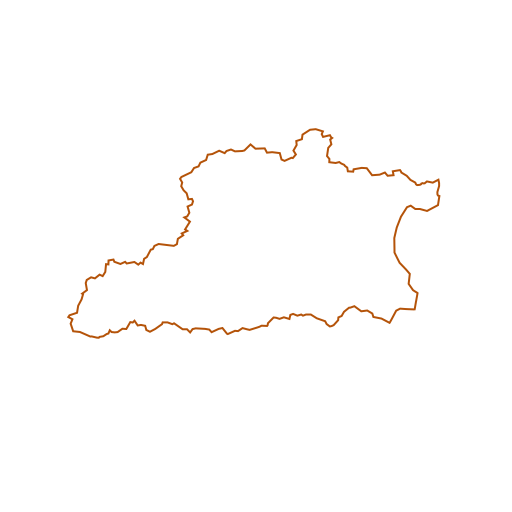 Yabucoa, Puerto Rico (orthographic projection), rotated 338°
{"feature_id": "32010507B64369847691903", "entity_name": "Yabucoa", "entity_type": "district", "adm_level": 2, "iso_a3": "PRI", "parent_name": "Puerto Rico", "parent_adm1": "", "projection": "orthographic", "projection_center": [-65.894, 18.069], "detail": "fine", "context": "isolated", "style": "outline", "palette": "amber", "viewbox_px": 512, "rotation_deg": 338, "n_neighbors": 0, "source": "geoboundaries", "source_scale": "gbopen_adm2", "svg_char_len": 3366}
<svg xmlns="http://www.w3.org/2000/svg" viewBox="0 0 512 512"><g transform="rotate(338 256 256)"><path d="M214.5,156.0L215.1,160.2L212.8,163.3L213.5,168.0L215.2,171.9L214.5,178.1L218.0,179.1L218.1,181.7L215.9,184.3L211.1,184.5L210.4,190.9L207.1,193.5L204.0,193.4L207.6,199.4L200.2,204.8L201.7,207.0L195.6,207.3L196.3,209.5L190.0,210.8L187.1,215.4L183.6,215.8L170.2,208.4L165.6,208.6L162.9,211.0L160.8,210.7L154.4,216.1L151.2,216.7L148.2,221.1L146.5,218.9L143.6,219.9L141.0,216.0L133.3,214.5L132.5,212.4L127.3,212.6L122.5,208.3L122.5,205.9L117.6,204.9L116.0,208.5L113.9,207.4L110.3,214.3L106.3,217.2L104.0,214.7L98.3,216.4L95.1,214.0L90.1,214.8L88.0,217.3L86.5,224.3L80.7,225.8L81.3,226.7L78.0,230.9L72.5,235.5L68.8,241.6L60.9,241.1L59.1,242.3L62.1,245.9L58.8,249.3L58.3,257.3L64.3,260.5L72.2,268.6L73.5,269.0L77.9,272.1L79.6,272.9L80.6,272.4L84.4,273.2L88.3,272.4L90.1,272.6L92.6,270.1L93.6,272.4L96.4,273.9L99.2,274.7L104.9,273.4L108.4,275.1L114.7,270.2L116.8,271.5L119.1,270.5L120.3,276.1L123.5,276.8L127.1,279.2L126.6,283.5L129.3,286.5L135.2,285.9L143.3,284.0L144.6,282.6L149.2,284.5L152.9,287.9L154.8,287.7L160.5,296.4L164.6,298.1L166.3,302.2L169.8,300.0L173.0,300.5L181.5,304.5L185.1,306.7L186.3,310.0L194.1,309.6L197.9,310.2L200.0,317.2L200.6,317.8L208.5,317.5L211.2,318.9L216.5,317.8L220.1,320.5L222.4,322.1L230.7,322.8L232.8,322.9L235.0,322.7L240.1,325.0L240.8,324.6L241.9,322.8L249.3,319.6L251.5,320.8L254.3,323.1L258.9,323.3L263.4,326.9L265.8,323.5L268.7,323.6L272.0,326.8L276.0,327.2L277.2,328.9L280.5,329.0L284.9,330.8L289.0,336.5L295.7,342.4L296.0,345.6L298.1,349.0L300.0,349.3L302.1,349.2L308.1,346.3L309.4,343.8L312.9,343.7L316.7,340.7L322.9,338.8L324.1,339.2L328.4,339.4L332.9,346.7L338.7,348.2L342.3,352.9L342.0,356.5L348.9,361.0L354.8,368.0L355.0,367.9L357.6,365.8L358.1,365.4L365.5,359.2L369.9,358.8L375.2,361.4L381.8,364.4L383.1,364.9L384.0,363.5L386.6,359.3L387.2,358.3L387.5,357.9L391.9,350.9L391.4,350.1L390.2,348.5L388.8,346.5L387.4,340.4L387.1,339.0L391.9,330.2L390.1,324.9L387.5,318.3L386.6,316.1L386.6,315.9L386.2,311.3L385.7,304.7L387.2,300.9L390.9,291.3L391.0,291.1L394.0,286.8L397.2,282.3L398.7,280.7L405.1,273.9L405.5,273.6L414.3,267.3L417.7,267.3L418.3,267.3L421.3,272.1L425.7,273.9L431.4,278.3L443.8,277.0L447.7,270.4L448.5,269.1L447.4,268.1L447.3,266.9L448.1,264.7L452.0,259.7L453.1,256.9L453.7,253.6L447.4,254.2L442.4,250.9L439.6,251.8L438.2,251.3L437.7,250.8L436.4,250.8L435.9,251.3L434.7,251.4L433.2,251.0L432.0,250.6L431.6,250.2L431.2,249.3L431.2,247.6L427.7,243.3L425.8,238.1L422.0,233.0L422.1,232.0L421.7,230.3L414.6,228.7L413.8,232.6L408.1,230.9L406.8,226.9L401.1,226.9L393.9,224.6L391.6,216.1L387.0,213.9L379.0,212.2L377.7,214.2L372.9,211.9L373.7,208.2L372.3,206.0L371.9,204.5L369.7,202.2L368.4,200.1L364.7,199.6L359.1,196.5L360.4,193.5L359.3,189.9L363.5,182.8L367.7,180.7L368.4,175.8L370.8,175.1L370.1,174.1L369.8,171.7L362.8,170.7L362.6,167.6L364.7,165.5L358.9,160.8L353.4,159.2L344.6,160.9L342.3,164.9L336.4,164.5L335.3,168.3L330.2,172.3L331.0,176.8L326.8,179.0L325.7,178.2L318.1,178.5L315.8,176.1L316.6,169.5L309.9,165.8L304.9,164.3L304.4,159.5L295.7,156.3L292.7,150.5L284.8,153.8L282.6,153.5L275.7,151.1L272.7,147.9L268.0,147.6L265.5,148.9L261.3,144.6L253.7,145.1L249.2,144.0L245.7,148.3L239.4,148.6L236.3,151.4L231.5,151.2L227.4,154.1L216.4,154.8L214.5,156.0Z" fill="none" stroke="#b45309" stroke-width="2"/></g></svg>